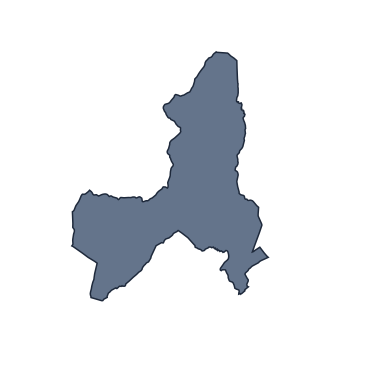 outline of Ninh Son, Ninh Thuận, Vietnam, rotated 27°
{"feature_id": "81297802B88768197538102", "entity_name": "Ninh Son", "entity_type": "district", "adm_level": 2, "iso_a3": "VNM", "parent_name": "Vietnam", "parent_adm1": "Ninh Thuận", "projection": "equal_earth", "projection_center": [108.74, 11.71], "detail": "fine", "context": "isolated", "style": "filled", "palette": "slate", "viewbox_px": 384, "rotation_deg": 27, "n_neighbors": 0, "source": "geoboundaries", "source_scale": "gbopen_adm2", "svg_char_len": 6081}
<svg xmlns="http://www.w3.org/2000/svg" viewBox="0 0 384 384"><g transform="rotate(27 192 192)"><path d="M149.9,56.2L149.7,56.9L148.9,58.4L148.6,59.3L148.4,60.1L148.3,62.0L148.1,62.6L147.9,63.1L146.0,65.2L145.8,66.7L145.1,68.6L145.0,69.4L145.0,70.6L145.7,73.1L145.8,74.9L145.1,78.2L144.5,81.7L144.3,83.5L144.1,87.1L143.2,90.0L144.1,92.5L144.8,96.4L144.9,97.9L144.6,99.8L144.7,101.9L144.6,103.7L144.4,104.1L142.9,105.8L140.9,109.1L140.2,109.9L139.7,110.2L138.6,111.5L137.8,111.9L135.7,112.0L133.3,112.5L133.1,112.7L132.6,113.9L132.9,115.0L132.8,116.3L132.0,119.5L131.7,121.3L131.3,122.8L130.6,123.9L128.2,126.1L127.9,127.1L127.8,128.8L128.0,129.6L128.5,130.5L130.4,132.2L130.9,132.6L132.5,133.3L133.9,134.7L136.7,136.4L137.5,136.6L138.6,136.3L139.1,136.3L140.3,137.0L143.7,136.9L144.2,137.0L145.4,137.6L146.9,138.7L149.9,139.9L152.0,139.8L152.5,139.9L152.8,140.3L153.7,142.3L154.3,142.9L154.6,143.4L154.5,144.8L153.9,146.8L152.0,151.8L150.2,155.3L149.8,157.2L149.9,158.4L150.6,160.0L151.4,163.9L151.4,166.7L151.7,167.6L152.5,168.5L153.8,169.1L155.3,169.3L155.6,169.6L156.3,171.0L156.6,171.3L157.5,171.7L158.3,172.6L159.9,174.0L162.0,175.3L162.7,175.8L163.0,176.2L163.2,177.5L162.8,179.0L162.7,179.8L162.7,180.6L162.9,181.3L163.6,183.8L165.2,187.5L165.5,189.1L166.0,193.9L166.2,194.8L168.0,197.4L168.4,198.8L168.4,199.3L168.2,199.7L166.5,199.6L165.8,199.7L164.1,200.5L163.9,200.9L163.8,202.9L161.9,206.6L161.3,208.7L161.1,211.1L159.3,215.3L157.8,217.1L157.2,218.8L156.6,219.9L155.1,220.6L153.2,222.6L152.7,222.9L152.1,223.0L151.8,222.7L150.3,220.6L150.0,220.3L147.8,220.0L146.9,220.5L145.4,222.4L144.6,222.7L143.8,222.5L143.3,222.5L141.6,223.3L140.1,224.7L137.8,225.8L134.1,228.0L131.1,229.2L130.7,229.7L130.3,231.5L129.8,232.2L127.9,231.5L124.0,232.3L121.8,232.2L121.1,232.6L120.3,233.6L117.8,232.7L116.1,232.9L114.8,233.6L113.6,234.5L112.4,235.7L111.5,237.0L110.5,238.0L108.1,237.8L106.3,239.0L105.8,239.2L105.0,239.1L103.2,237.9L102.1,237.4L99.9,236.9L99.5,238.6L98.0,242.0L97.0,243.0L95.5,243.6L95.2,244.1L95.0,245.8L95.3,249.5L95.4,252.0L94.8,256.5L94.8,257.6L95.2,261.7L95.0,262.8L94.4,263.9L100.1,274.0L101.8,277.6L102.9,278.3L104.0,278.8L104.4,279.2L105.2,280.8L105.6,283.2L107.1,287.8L107.6,289.1L109.6,292.5L109.6,293.1L109.4,294.6L110.9,294.6L122.1,296.2L129.1,297.4L137.0,298.0L139.8,298.5L142.4,309.1L143.6,312.6L144.3,314.4L144.6,317.6L145.5,321.5L146.3,324.0L147.0,327.2L147.5,328.7L148.2,329.8L149.5,331.1L149.9,331.9L159.5,330.1L161.0,329.8L161.8,329.3L162.2,327.4L164.3,324.4L163.8,323.7L163.4,320.1L164.2,318.4L164.8,316.2L167.4,312.3L167.8,312.0L168.3,312.3L168.9,312.1L169.4,311.0L170.0,309.2L170.2,308.9L171.8,308.2L172.2,307.3L172.7,307.5L174.7,306.5L175.0,306.1L175.1,305.7L174.8,303.8L176.5,299.8L178.3,294.7L180.0,290.7L181.0,287.6L182.2,285.5L182.4,284.8L182.6,283.7L182.3,282.4L182.3,281.3L182.7,279.0L183.2,277.8L183.5,276.2L183.8,275.5L184.6,274.6L185.0,273.9L185.3,269.6L184.8,267.8L184.4,256.1L187.9,250.9L188.9,250.7L189.6,250.3L189.4,247.8L189.8,246.2L190.3,245.4L192.4,243.3L193.8,240.3L194.2,239.1L194.2,238.0L194.4,237.2L195.0,236.2L196.5,234.2L197.1,232.6L201.1,233.1L209.1,234.6L218.2,238.1L218.8,238.2L219.8,239.7L220.2,239.8L221.6,239.6L223.4,239.8L225.5,239.4L226.5,239.5L227.8,240.0L229.3,238.8L229.7,238.1L229.8,236.9L231.8,234.4L232.1,233.4L233.4,232.7L234.0,232.6L234.8,232.7L235.1,232.2L235.5,232.1L236.2,231.4L237.1,232.0L237.8,231.9L238.2,232.2L238.4,232.0L238.8,232.0L238.8,231.8L239.4,232.3L239.8,232.3L240.2,231.8L240.3,232.2L241.0,232.4L241.2,232.2L241.5,232.5L242.1,231.7L242.6,232.0L243.2,231.8L243.8,232.3L244.8,231.2L245.9,231.4L246.3,231.3L246.7,231.6L246.8,231.3L247.7,231.3L248.8,228.7L249.8,228.5L250.5,228.7L251.3,229.2L252.8,230.9L253.8,232.4L254.4,233.8L254.7,235.2L254.3,236.8L253.0,239.9L252.8,241.1L252.7,242.3L252.0,247.1L252.2,247.9L252.5,248.5L252.9,248.8L253.8,248.8L254.3,247.6L254.6,247.4L256.8,246.3L257.5,246.4L258.2,247.2L259.7,248.4L261.6,249.6L262.4,250.5L263.2,252.0L265.0,253.7L265.7,254.2L266.3,254.3L268.7,254.0L269.4,254.1L270.1,254.5L271.9,256.0L273.9,258.3L275.6,258.4L277.4,258.1L278.5,258.2L279.1,259.0L279.6,260.8L280.0,261.8L280.8,260.8L281.4,261.1L281.5,260.6L282.1,260.4L282.4,259.9L284.0,256.0L283.8,255.7L283.5,255.6L283.5,254.9L285.3,250.9L284.5,250.9L284.1,251.0L283.0,249.8L282.7,249.1L282.5,245.8L282.0,244.8L281.6,244.5L280.4,243.9L276.6,241.3L276.3,240.3L276.6,239.2L277.4,237.2L277.6,236.3L277.6,235.0L277.9,234.1L278.3,233.6L279.0,231.3L279.4,230.5L283.3,224.9L283.8,223.2L284.6,221.9L289.6,215.6L287.8,215.1L283.9,213.5L277.5,210.4L274.6,215.4L273.9,217.0L273.0,218.0L272.1,211.3L270.5,197.7L269.4,190.1L269.2,189.6L268.4,188.7L262.1,183.6L261.5,182.8L260.7,181.1L258.3,175.4L255.9,174.8L251.0,172.7L249.8,172.4L248.0,172.6L246.1,173.9L245.5,174.1L245.0,174.0L244.5,173.6L244.0,173.5L242.9,174.1L242.3,174.0L241.8,173.6L240.7,172.2L239.9,171.7L239.5,171.7L236.7,172.3L234.7,171.9L233.9,170.5L230.2,166.4L227.8,163.2L227.1,162.2L225.5,156.2L225.0,155.2L223.9,154.0L223.4,153.6L222.8,153.3L220.8,153.1L220.5,152.9L220.3,152.5L219.6,150.0L219.7,149.7L220.2,148.8L220.2,146.2L219.5,144.4L219.0,144.2L218.0,142.1L216.1,139.9L215.6,139.1L215.5,138.3L216.3,135.6L215.9,134.1L215.8,133.5L216.1,132.2L216.6,130.7L216.7,128.6L215.3,122.5L215.2,122.1L214.3,121.1L214.1,120.7L213.8,119.3L213.7,118.3L213.1,116.3L213.1,115.7L211.1,112.7L210.9,112.0L211.0,111.2L210.8,110.9L209.3,108.4L207.2,106.1L205.6,104.8L204.2,103.3L203.9,102.7L204.1,101.2L204.3,100.9L204.3,100.3L204.0,99.6L204.0,99.0L203.6,98.9L203.6,98.7L203.2,98.3L202.4,98.4L202.3,97.6L202.1,97.5L201.9,97.0L201.6,96.9L201.3,96.4L201.1,96.4L200.9,96.5L200.8,96.0L199.9,95.9L199.4,96.3L198.6,96.2L197.8,94.9L198.1,94.6L197.5,94.3L197.3,92.6L197.0,92.0L196.6,91.1L196.0,91.0L195.5,90.3L195.1,90.5L194.8,91.1L194.6,91.3L192.6,91.5L192.4,91.4L192.3,90.6L191.7,90.8L191.2,91.2L190.8,91.2L190.2,90.5L189.1,87.6L189.1,85.5L188.1,82.6L185.9,78.4L185.2,77.6L183.8,74.5L183.4,74.3L181.1,70.5L176.1,61.6L172.3,54.6L168.7,53.7L164.7,53.2L161.5,52.2L160.6,52.1L150.6,56.3L149.9,56.2Z" fill="#64748b" stroke="#1e293b" stroke-width="1.5"/></g></svg>